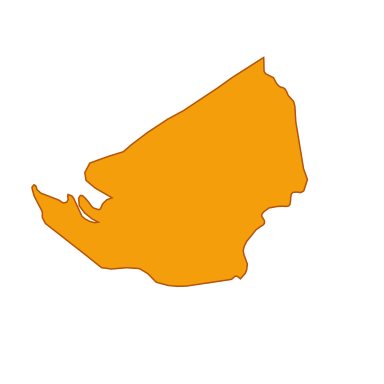 map outline of Cà Mau (Albers equal-area conic projection), rotated 54°
{"feature_id": "VNM-507", "entity_name": "Cà Mau", "entity_type": "Province", "adm_level": 1, "iso_a3": "VNM", "parent_name": "Vietnam", "parent_adm1": "", "projection": "albers", "projection_center": [105.046, 9.05], "detail": "fine", "context": "isolated", "style": "filled", "palette": "amber", "viewbox_px": 384, "rotation_deg": 54, "n_neighbors": 0, "source": "natural_earth", "source_scale": "10m", "svg_char_len": 1621}
<svg xmlns="http://www.w3.org/2000/svg" viewBox="0 0 384 384"><g transform="rotate(54 192 192)"><path d="M290.7,203.9L287.1,204.8L285.7,206.0L285.5,207.3L285.9,210.4L285.7,211.8L265.0,251.5L259.7,259.3L253.6,266.2L244.0,274.0L232.2,275.7L223.1,279.5L214.8,289.4L207.0,302.4L200.0,309.7L181.3,314.8L131.3,329.1L124.8,328.1L123.1,327.1L121.8,325.9L119.7,324.7L102.2,322.0L95.6,319.5L94.0,318.6L93.3,315.5L95.5,314.7L98.8,316.0L104.2,314.9L118.0,305.9L121.0,304.1L123.5,303.4L125.5,302.3L126.6,299.3L125.2,296.5L122.3,295.0L121.1,293.7L124.8,291.4L128.4,291.6L146.9,295.3L150.8,294.4L155.5,292.1L159.4,289.0L161.3,285.6L154.6,288.8L145.7,291.2L136.9,291.3L130.5,287.5L129.2,284.4L130.4,282.8L133.6,282.1L138.2,281.6L145.0,281.6L147.0,281.1L151.7,277.7L151.7,275.9L149.0,271.1L148.2,265.5L149.7,260.1L131.9,268.0L120.3,270.9L113.3,267.3L108.5,257.7L111.6,246.9L114.6,236.9L119.0,224.0L118.1,213.1L117.7,193.2L118.8,168.6L121.1,151.5L122.9,109.9L123.0,92.7L124.9,60.5L125.3,54.9L125.5,55.0L136.2,62.4L137.5,62.9L139.8,62.8L147.5,58.9L153.8,59.8L157.1,59.5L159.3,58.7L160.7,57.2L163.1,56.2L166.0,56.4L170.4,57.4L178.3,56.6L183.0,58.3L196.1,66.7L238.8,88.1L249.8,91.3L256.7,100.8L256.8,102.3L256.1,104.8L253.9,106.9L251.7,110.3L251.9,112.5L254.0,115.0L257.0,117.4L259.6,120.1L260.1,122.0L259.1,124.2L256.5,127.4L253.5,132.1L250.1,139.3L250.2,144.9L250.8,148.1L252.1,149.5L253.5,150.0L255.2,150.0L256.9,150.2L258.5,150.6L260.1,152.1L260.5,154.2L260.2,157.0L260.2,162.4L264.2,177.1L266.8,181.9L269.7,185.2L273.3,186.8L282.9,189.6L287.3,193.7L289.1,196.7L290.7,203.9Z" fill="#f59e0b" stroke="#b45309" stroke-width="1.5"/></g></svg>